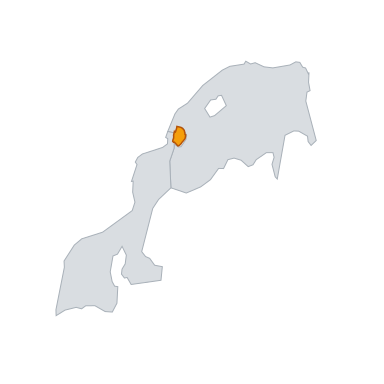 eSwatini highlighted among its neighbors, rotated 192°
{"feature_id": "SWZ", "entity_name": "eSwatini", "entity_type": "country or territory", "adm_level": 0, "iso_a3": "SWZ", "parent_name": "Africa", "parent_adm1": "", "projection": "equal_earth", "projection_center": [31.569, -26.526], "detail": "fine", "context": "with_neighbors", "style": "filled", "palette": "amber", "viewbox_px": 384, "rotation_deg": 192, "n_neighbors": 2, "source": "natural_earth", "source_scale": "50m", "svg_char_len": 2211}
<svg xmlns="http://www.w3.org/2000/svg" viewBox="0 0 384 384"><g transform="rotate(192 192 192)"><path d="M81.2,268.2L85.2,262.3L88.9,265.5L90.6,270.6L100.3,273.7L105.1,272.9L112.8,266.8L111.3,222.4L113.8,224.2L119.5,235.7L118.9,243.0L121.0,247.3L127.4,246.0L135.9,237.0L138.0,231.3L142.3,228.5L150.6,233.3L157.9,233.9L163.6,231.1L166.0,221.5L170.9,220.6L176.5,207.9L184.6,198.8L197.4,189.8L213.5,191.7L220.2,217.6L218.6,231.1L219.4,235.4L214.8,233.2L212.2,234.0L208.9,242.1L209.0,246.2L214.4,252.7L219.6,251.5L221.5,246.1L228.3,246.2L224.9,264.9L222.6,270.3L214.8,278.0L203.6,298.5L187.7,317.5L181.1,322.8L167.7,327.9L166.6,331.1L161.3,329.4L157.1,331.6L147.6,329.4L138.7,330.2L122.6,336.6L117.5,340.9L113.5,341.2L109.7,337.1L106.7,336.9L102.7,331.7L102.4,333.3L100.8,323.5L97.6,315.7L100.3,313.6L99.6,304.6L81.2,268.2ZM197.0,276.3L190.0,269.0L185.8,271.4L176.4,283.6L183.2,292.7L186.4,291.5L187.9,287.7L192.9,285.9L197.0,276.3Z" fill="#d9dde1" stroke="#a8b0b8" stroke-width="1"/><path d="M245.0,58.0L252.1,57.0L263.3,60.6L272.3,58.6L275.7,54.8L281.3,55.1L291.6,50.1L299.2,42.8L300.6,48.5L301.2,91.8L302.8,97.9L296.1,115.6L290.1,123.3L271.1,134.1L246.6,161.4L245.7,170.2L250.0,179.5L251.8,190.4L253.4,189.7L251.5,207.4L253.7,209.5L252.2,214.6L248.4,218.9L230.0,229.5L226.0,234.0L226.8,239.1L229.1,239.9L228.3,246.2L221.5,246.1L218.6,231.1L220.2,217.6L213.5,191.7L223.1,177.8L227.0,167.8L228.8,123.2L224.0,119.2L219.6,118.3L213.3,112.6L205.5,112.8L204.0,99.2L232.3,88.9L237.7,94.9L240.2,93.8L243.9,97.0L244.4,102.0L242.4,107.8L243.1,116.6L249.1,124.3L252.0,115.7L256.0,113.0L255.4,96.9L251.5,87.8L248.1,83.8L244.9,84.0L242.3,67.6L245.0,58.0Z" fill="#d9dde1" stroke="#a8b0b8" stroke-width="1"/><path d="M220.4,236.8L220.5,237.0L221.4,237.5L221.5,238.6L221.4,239.9L221.2,240.7L221.3,241.5L221.5,242.7L221.8,243.6L221.8,247.4L221.6,247.2L221.0,247.1L220.8,247.1L220.5,248.8L220.3,251.4L220.4,253.0L218.5,253.0L216.1,252.9L214.3,252.2L212.4,250.7L211.3,248.3L210.8,246.8L210.1,246.7L209.9,244.7L209.9,242.8L210.1,242.3L211.3,239.9L212.1,238.5L212.6,237.1L213.7,235.4L214.8,234.3L215.3,234.2L215.6,234.2L217.6,235.7L219.7,237.1L220.1,236.9L220.4,236.8Z" fill="#f59e0b" stroke="#b45309" stroke-width="1.5"/></g></svg>